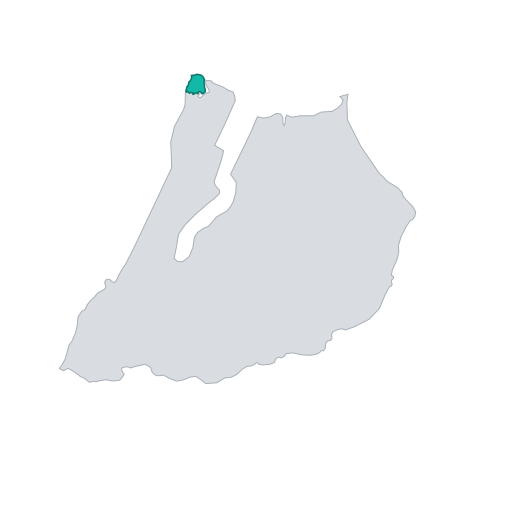 location of Oussouye, Ziguinchor, Senegal, rotated 115°
{"feature_id": "50182788B11051302290888", "entity_name": "Oussouye", "entity_type": "district", "adm_level": 2, "iso_a3": "SEN", "parent_name": "Senegal", "parent_adm1": "Ziguinchor", "projection": "mercator", "projection_center": [-16.597, 12.494], "detail": "fine", "context": "in_parent", "style": "filled", "palette": "teal", "viewbox_px": 512, "rotation_deg": 115, "n_neighbors": 0, "source": "geoboundaries", "source_scale": "gbopen_adm2", "svg_char_len": 5564}
<svg xmlns="http://www.w3.org/2000/svg" viewBox="0 0 512 512"><g transform="rotate(115 256 256)"><path d="M387.3,237.6L392.9,247.7L391.7,252.5L390.4,259.5L393.6,264.6L397.4,267.9L400.1,270.9L403.0,275.1L403.5,283.5L403.0,289.5L404.9,292.3L406.5,295.7L406.2,298.6L405.1,301.1L401.5,304.5L400.9,310.7L406.8,318.3L410.5,322.4L410.5,324.8L411.6,327.4L414.3,330.4L416.0,329.7L417.9,327.2L418.8,325.5L423.8,326.3L426.2,327.1L429.4,332.0L430.6,335.3L431.4,339.4L434.8,344.6L437.7,348.2L438.3,350.5L440.9,353.5L439.3,360.3L439.5,363.8L437.7,373.0L437.3,377.3L437.4,378.9L441.4,382.1L441.0,386.7L436.9,385.9L429.9,385.4L415.8,387.8L410.9,386.8L401.6,387.1L395.0,388.5L386.6,391.5L380.1,390.7L376.6,388.3L372.0,388.5L366.8,387.2L361.2,385.0L356.1,383.8L350.7,379.6L348.1,378.8L346.3,380.0L344.8,381.4L343.2,382.2L340.2,381.5L339.1,378.6L340.0,375.8L340.3,373.7L338.9,372.6L335.6,372.2L330.2,372.2L321.5,371.4L319.5,370.8L300.0,370.1L279.8,370.0L262.6,369.9L241.0,369.8L225.8,369.8L211.6,369.7L200.6,375.3L188.8,381.4L172.8,384.7L154.4,383.5L148.6,384.3L142.5,387.0L138.0,389.0L131.7,390.2L123.5,389.2L120.2,389.8L118.2,387.0L115.8,382.5L117.3,379.2L122.3,377.1L129.8,374.4L133.7,375.8L136.0,375.9L136.4,374.1L135.7,373.1L130.1,370.7L127.1,367.5L124.7,369.4L122.6,373.3L120.9,374.5L118.3,375.6L116.9,372.9L116.2,370.3L117.4,368.3L116.8,357.2L117.5,351.2L117.1,346.0L120.7,342.5L124.0,340.4L137.2,340.2L149.4,340.0L161.1,340.1L173.1,340.3L174.3,329.8L178.1,329.0L183.8,327.9L194.4,326.7L206.2,325.4L208.7,323.4L210.6,319.9L211.9,316.8L214.3,315.5L217.6,316.5L221.9,318.2L226.4,320.7L231.5,323.0L235.0,324.5L243.2,328.2L257.2,333.3L268.8,335.4L282.8,331.6L292.9,329.2L294.1,324.7L292.5,320.3L285.0,316.3L274.8,316.8L271.7,317.8L266.9,319.2L264.0,319.7L259.2,318.8L253.1,315.3L249.3,311.8L243.9,310.1L237.5,308.5L227.3,301.3L221.9,300.0L216.9,299.6L207.2,301.1L197.7,304.9L192.7,313.6L183.2,313.5L163.0,313.2L144.5,313.0L129.2,313.6L127.7,307.2L124.1,302.2L118.2,297.9L116.9,293.9L118.9,290.4L124.6,287.5L125.9,285.5L122.9,285.8L118.4,287.6L115.4,287.7L115.1,282.2L110.1,275.0L104.5,262.9L98.1,257.9L92.7,248.1L87.2,244.4L82.0,242.6L77.7,243.0L76.1,247.4L70.6,241.0L78.1,238.7L94.0,230.6L112.3,207.4L128.7,179.8L130.9,173.3L132.9,168.4L134.2,157.1L136.6,150.4L138.8,149.1L141.6,143.9L144.9,134.9L148.7,129.8L153.0,128.8L156.3,129.3L158.7,131.1L165.6,132.3L177.1,132.7L186.0,131.4L192.3,128.2L200.5,126.6L210.7,126.6L216.1,125.3L216.6,122.7L217.9,121.9L220.1,122.9L222.1,122.5L224.0,120.7L225.8,120.5L227.7,122.1L236.3,122.6L251.5,122.0L265.6,126.8L278.5,136.9L285.2,143.7L285.6,147.0L287.7,150.5L291.6,153.9L295.1,154.5L298.3,152.4L300.8,152.6L302.7,155.2L306.3,155.8L310.4,154.2L313.4,154.7L313.9,156.3L314.6,157.1L316.6,157.5L319.2,159.5L323.0,164.8L326.0,172.3L328.4,182.0L331.5,187.2L335.3,188.0L337.6,190.0L338.0,192.3L339.1,193.8L341.0,194.7L344.3,194.2L348.1,197.4L352.2,204.5L352.9,207.6L352.2,209.3L352.5,210.6L355.2,211.8L357.8,214.1L359.9,217.5L364.4,220.6L371.4,223.3L376.5,227.3L379.6,232.6L386.0,237.1L387.3,237.6Z" fill="#d9dde1" stroke="#a8b0b8" stroke-width="1"/><path d="M117.8,377.3L117.8,377.5L117.8,377.8L117.6,377.8L117.4,378.1L117.2,378.2L117.1,378.3L116.8,378.6L116.6,378.9L116.4,379.1L116.2,379.4L116.2,379.5L116.0,379.8L115.8,380.5L115.7,380.6L115.6,380.9L115.4,381.4L115.3,381.6L115.3,382.0L115.4,382.5L115.4,382.9L115.4,383.3L115.5,383.4L115.6,383.7L115.6,383.8L115.7,384.0L115.8,384.4L115.9,384.6L115.9,385.2L116.0,385.3L116.1,385.5L116.2,385.9L116.2,386.0L116.4,386.3L116.5,386.7L116.8,386.9L117.0,387.1L117.3,387.3L117.5,387.5L117.8,387.7L117.9,387.9L117.9,388.0L118.0,388.1L118.3,388.1L118.5,388.3L118.6,388.6L118.7,388.8L118.8,389.2L118.8,389.5L118.9,389.8L119.0,390.0L119.3,390.2L119.4,390.3L119.5,390.4L119.5,390.6L119.6,390.8L119.8,390.8L120.0,390.7L120.6,390.3L121.2,389.8L121.5,389.6L121.9,389.6L122.1,389.6L122.4,389.6L122.6,389.6L123.0,389.6L123.5,389.5L123.8,389.5L124.2,389.5L124.5,389.5L124.9,389.6L125.3,389.8L125.5,389.9L125.8,390.0L126.2,390.1L126.4,390.3L126.6,390.3L126.8,390.3L127.0,390.2L127.5,390.1L128.0,390.0L128.7,389.8L130.0,389.5L130.3,389.5L130.5,389.5L130.9,389.6L131.1,389.7L131.5,389.8L132.1,390.1L132.3,390.1L132.5,390.0L133.0,389.8L133.3,389.8L133.9,389.6L134.4,389.5L134.9,389.5L135.4,389.4L135.9,389.3L136.1,389.1L136.2,388.9L136.3,388.6L136.5,388.5L136.8,388.6L136.9,388.4L136.9,388.2L136.7,388.1L136.4,388.1L136.1,388.1L135.9,387.8L135.9,387.5L135.9,387.3L135.9,387.2L135.9,386.8L135.9,386.7L136.0,386.6L136.1,386.4L136.2,386.2L136.3,386.1L136.3,385.9L136.4,385.7L136.5,385.7L136.6,385.3L136.6,385.2L136.3,384.8L135.8,384.6L135.7,384.5L135.6,384.4L135.5,384.2L135.4,384.0L135.3,383.8L135.1,383.3L135.0,383.0L134.9,382.7L134.8,382.1L134.9,381.9L135.0,381.8L135.4,381.7L135.6,381.8L135.8,381.8L136.0,381.7L136.0,381.3L135.9,381.0L135.7,380.7L135.2,380.5L134.9,380.4L134.7,380.3L134.3,380.2L134.2,380.1L133.7,379.6L133.5,379.2L133.4,378.9L133.4,378.7L133.4,378.3L133.7,378.0L133.7,377.9L133.6,377.6L133.5,377.4L133.3,377.4L133.1,377.3L132.9,377.3L132.7,377.3L132.2,377.5L131.9,377.6L131.7,377.6L131.3,377.5L131.2,377.2L131.0,376.9L130.8,376.1L130.7,375.7L130.7,375.4L130.8,374.9L131.0,374.6L131.2,374.2L131.4,373.8L131.7,373.5L131.8,373.3L131.0,372.7L130.5,372.3L129.5,371.8L129.0,371.6L128.4,371.5L128.1,371.6L127.7,371.7L127.5,371.8L127.1,372.0L126.6,372.4L126.1,372.7L125.9,373.0L125.5,373.3L125.1,373.8L124.7,374.1L124.4,374.3L123.5,374.8L122.8,375.2L122.0,375.7L121.2,376.1L120.4,376.4L119.9,376.7L119.3,376.9L118.6,377.0L118.0,377.2L117.8,377.3Z" fill="#14b8a6" stroke="#0f766e" stroke-width="1.5"/></g></svg>